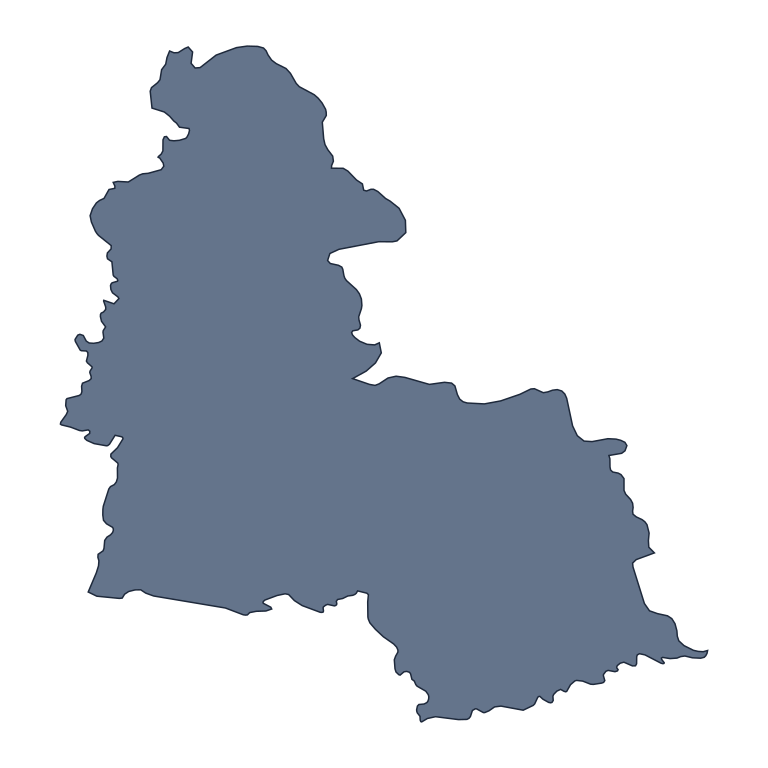 Sumy, Natural Earth projection
{"feature_id": "UKR-325", "entity_name": "Sumy", "entity_type": "Region", "adm_level": 1, "iso_a3": "UKR", "parent_name": "Ukraine", "parent_adm1": "", "projection": "natural_earth1", "projection_center": [34.032, 51.234], "detail": "fine", "context": "isolated", "style": "filled", "palette": "slate", "viewbox_px": 768, "rotation_deg": 0, "n_neighbors": 0, "source": "natural_earth", "source_scale": "10m", "svg_char_len": 6024}
<svg xmlns="http://www.w3.org/2000/svg" viewBox="0 0 768 768"><path d="M247.1,46.1L257.7,46.4L263.5,48.0L266.1,50.8L268.0,54.9L271.6,60.1L276.2,63.6L286.0,68.5L290.4,73.3L296.2,83.4L299.3,86.7L314.2,94.7L318.1,98.1L322.1,103.0L325.6,109.3L326.2,112.1L326.3,115.5L322.3,122.2L323.7,138.8L325.0,144.6L327.8,149.7L332.7,156.1L333.4,161.2L331.6,165.6L331.5,168.2L343.2,168.3L347.9,171.1L356.5,180.0L362.4,183.9L363.7,190.2L366.5,191.0L370.9,189.3L373.6,189.3L377.8,191.5L385.6,198.5L390.1,201.1L399.1,208.3L405.4,220.3L405.8,232.6L397.0,240.9L392.4,241.8L378.7,241.7L339.0,249.3L329.9,253.5L327.6,260.5L330.3,263.5L338.5,265.3L341.8,267.1L342.8,269.3L343.9,275.5L344.8,278.2L346.5,280.6L356.4,289.6L359.4,293.8L361.4,299.0L361.9,305.5L361.4,308.7L358.7,316.8L359.0,319.9L360.5,325.2L359.9,328.2L357.9,329.9L352.8,330.8L351.6,332.6L352.6,335.1L354.9,337.6L359.6,341.2L367.0,344.3L374.7,344.9L379.3,342.8L381.3,352.9L375.5,362.9L366.2,371.1L352.6,378.6L369.5,384.4L375.1,385.4L379.2,383.8L388.0,378.0L396.1,376.2L404.9,377.4L429.4,384.4L444.5,382.3L451.6,383.1L454.9,385.9L457.4,394.6L459.7,399.1L463.1,401.8L467.2,403.0L484.4,403.9L500.7,400.9L519.9,394.3L530.8,389.0L534.4,388.7L543.3,392.7L547.8,391.9L552.5,390.2L557.3,389.6L561.8,391.0L564.8,394.0L566.7,398.3L572.6,425.9L577.3,435.7L584.1,441.1L592.1,441.6L607.9,438.7L616.0,439.1L620.7,440.3L624.9,442.3L626.9,445.6L625.0,450.8L621.7,453.3L608.9,455.5L609.9,458.8L610.0,467.0L610.6,470.0L612.7,472.0L618.2,473.1L621.0,474.6L624.0,478.6L624.0,490.4L625.7,494.2L630.6,499.5L632.6,503.2L633.1,507.5L632.6,511.1L633.0,514.2L636.3,516.9L642.2,519.7L644.9,521.8L647.0,524.7L649.1,533.1L648.4,540.6L648.8,547.2L654.4,552.9L636.2,559.6L632.6,563.1L633.0,567.0L644.4,603.5L649.5,610.8L657.4,613.6L667.5,615.8L671.8,618.6L675.0,623.7L676.9,630.8L677.3,636.2L678.8,640.8L684.0,645.6L693.4,650.3L698.2,651.4L703.2,651.7L707.6,650.5L707.0,653.4L705.8,655.7L704.2,657.3L700.7,658.2L692.4,657.8L684.9,656.0L680.7,656.6L677.0,658.1L670.1,658.6L662.6,657.4L661.4,658.1L661.6,659.3L664.2,662.7L664.0,663.4L663.0,663.7L661.0,663.2L645.0,654.9L639.5,653.7L637.3,654.9L636.7,656.7L636.6,663.8L635.5,665.8L632.4,665.9L623.9,662.2L620.2,663.2L617.3,665.6L616.7,667.0L616.9,668.1L618.1,669.6L617.5,670.9L615.0,671.7L608.1,670.4L605.9,671.3L603.5,674.5L603.4,675.7L604.8,680.6L603.6,682.4L601.7,683.1L593.3,684.4L590.6,684.2L582.7,681.1L576.6,680.4L574.9,680.9L570.5,684.7L566.7,691.4L565.7,691.8L564.0,691.3L560.6,689.4L556.9,691.1L553.7,694.4L552.9,696.2L553.2,700.5L552.0,702.4L550.7,702.8L548.6,702.4L542.9,699.2L539.9,696.4L539.0,696.4L537.8,697.2L534.7,703.9L533.2,705.4L523.2,710.2L501.0,706.1L494.6,706.9L489.0,710.8L484.7,712.6L483.4,712.6L476.6,708.9L475.3,708.8L472.4,710.5L470.4,716.6L468.9,718.4L466.9,719.4L458.5,719.6L435.5,716.7L427.4,718.5L421.7,721.9L420.8,721.6L420.2,720.1L420.0,716.3L417.3,712.9L416.8,711.4L416.6,709.9L417.4,706.1L418.9,704.5L424.1,704.0L426.8,702.6L427.8,701.4L428.6,699.1L428.8,696.8L428.3,694.7L425.8,691.2L417.1,686.2L415.8,684.6L414.3,681.1L411.9,679.3L410.6,673.9L409.5,672.3L406.7,671.4L404.0,671.8L400.1,675.1L398.8,674.7L396.0,672.0L395.0,668.8L394.3,659.8L395.6,656.2L397.9,652.1L397.9,650.0L396.6,647.1L393.7,644.0L383.4,636.8L375.4,629.3L369.9,622.9L368.3,619.1L367.9,617.0L367.7,601.9L368.4,594.7L366.9,593.2L357.6,590.9L356.3,593.2L354.9,594.4L352.8,595.3L347.8,596.0L342.7,598.5L337.6,599.5L336.3,601.3L336.8,603.6L336.6,604.7L335.7,605.5L334.4,605.9L327.6,604.4L325.6,605.2L323.4,606.9L323.1,607.9L323.5,611.0L323.1,612.1L321.9,612.4L320.2,612.3L302.2,605.6L294.4,600.6L288.6,594.5L285.1,593.8L277.1,595.5L265.0,600.0L263.4,601.4L263.0,602.2L263.3,603.3L270.8,607.2L271.7,609.0L265.9,611.0L256.3,611.3L249.7,612.6L247.4,614.9L245.6,615.1L243.3,614.8L225.4,608.0L153.7,596.0L145.7,593.1L140.7,589.8L135.1,589.9L128.7,591.5L124.6,594.2L122.2,598.1L119.3,598.4L96.8,596.2L88.2,592.0L96.3,572.9L98.5,565.9L98.9,560.9L97.9,557.3L98.1,554.3L103.1,550.8L104.0,548.3L104.7,540.4L107.0,537.1L110.6,534.8L112.6,532.5L113.3,530.5L113.3,528.7L112.5,527.3L106.5,523.8L103.5,520.3L102.8,515.0L102.9,509.3L103.3,506.2L108.8,489.0L110.5,486.6L114.3,484.6L116.3,482.0L117.5,478.1L117.4,467.9L118.1,464.7L117.8,463.1L111.5,457.8L110.8,456.5L110.9,454.1L117.5,447.7L123.0,438.8L122.7,437.6L121.8,436.8L115.1,435.3L109.5,444.2L107.7,445.6L106.4,445.8L94.1,443.6L86.9,440.4L84.8,438.5L84.6,437.5L85.1,436.7L89.7,433.4L89.8,431.2L88.2,429.9L82.3,430.9L79.5,430.5L70.5,427.1L61.5,424.9L60.4,424.1L60.8,422.2L66.3,414.5L67.7,411.3L65.7,405.7L66.1,399.8L67.0,398.6L79.1,395.5L80.2,394.8L81.2,393.9L81.9,391.5L81.6,386.2L82.5,383.2L89.2,380.5L91.2,378.6L91.1,376.3L89.8,372.6L90.0,371.2L92.1,367.8L92.0,366.8L87.4,362.8L86.4,361.1L87.9,355.3L87.8,352.5L86.4,351.0L81.3,350.7L80.2,350.1L75.4,341.5L75.0,339.8L75.3,339.0L77.8,335.1L79.9,334.3L83.3,335.5L86.3,341.1L89.2,343.0L93.7,343.3L98.7,342.5L101.9,341.0L103.8,338.1L103.0,332.3L103.2,330.7L105.6,326.9L101.5,321.3L100.4,316.6L100.5,314.4L101.2,313.1L103.5,312.0L105.7,309.4L105.7,307.0L103.6,301.0L103.8,300.3L114.0,303.8L118.9,298.6L117.9,296.9L112.5,292.8L110.9,289.5L110.5,285.6L111.1,283.9L112.1,282.8L117.5,281.2L117.8,280.4L117.1,278.7L114.0,276.4L113.2,275.1L111.9,261.8L107.5,258.8L106.9,256.1L107.4,252.9L111.1,248.9L111.2,245.6L98.5,235.4L96.9,233.5L95.4,231.2L91.4,222.0L90.1,215.7L92.5,208.7L96.4,202.9L99.5,200.5L104.0,198.4L109.0,189.5L114.8,188.3L114.9,186.1L113.2,182.4L117.8,181.4L128.3,182.0L139.3,175.1L142.7,173.8L148.2,173.3L161.2,169.7L163.8,166.2L163.2,163.1L159.7,158.0L158.1,157.3L158.3,156.6L161.2,154.1L162.9,150.9L163.0,139.8L164.4,136.8L166.5,136.5L169.6,140.3L173.9,140.8L179.4,140.3L185.7,138.4L187.0,137.0L188.6,133.9L189.5,130.4L189.0,128.5L179.5,127.2L176.5,123.1L173.8,121.0L169.6,116.2L164.3,112.0L152.0,108.1L150.2,91.2L151.5,87.6L157.6,82.7L160.0,79.7L161.6,69.7L165.7,64.2L167.0,57.5L169.6,51.0L174.0,52.8L178.2,52.6L184.7,48.5L188.2,47.0L192.6,52.0L191.1,63.3L195.1,68.0L200.1,67.6L216.1,55.1L236.5,47.6L247.1,46.1Z" fill="#64748b" stroke="#1e293b" stroke-width="1.5"/></svg>